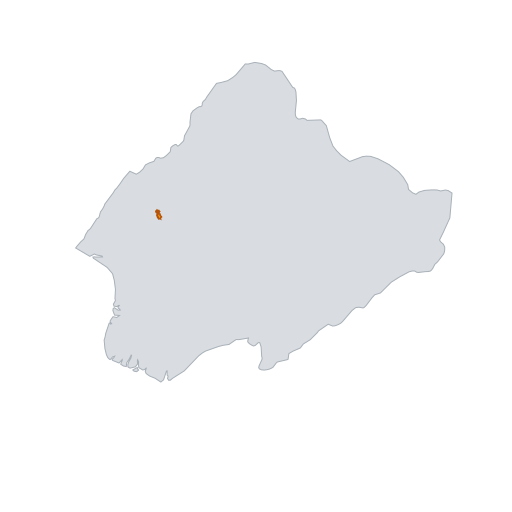 Ilorin South, Kwara, Nigeria (highlighted), rotated 34°
{"feature_id": "59680162B63804955714699", "entity_name": "Ilorin South", "entity_type": "district", "adm_level": 2, "iso_a3": "NGA", "parent_name": "Nigeria", "parent_adm1": "Kwara", "projection": "equal_earth", "projection_center": [4.582, 8.481], "detail": "fine", "context": "in_parent", "style": "filled", "palette": "amber", "viewbox_px": 512, "rotation_deg": 34, "n_neighbors": 0, "source": "geoboundaries", "source_scale": "gbopen_adm2", "svg_char_len": 5461}
<svg xmlns="http://www.w3.org/2000/svg" viewBox="0 0 512 512"><g transform="rotate(34 256 256)"><path d="M383.3,94.2L395.4,116.0L398.1,132.1L399.2,140.1L401.1,141.0L404.8,141.5L407.5,143.1L409.2,145.7L410.2,148.2L410.4,149.6L409.8,159.3L408.9,162.9L409.5,167.6L409.3,169.7L408.9,171.1L407.3,172.7L405.1,174.3L399.8,178.9L398.3,179.6L396.0,179.7L394.1,180.9L391.8,183.4L386.9,192.7L382.8,202.0L379.8,217.1L376.1,221.8L375.5,226.0L375.0,235.5L374.4,238.3L373.8,239.2L369.8,241.0L367.5,243.1L366.1,247.4L364.4,262.0L363.8,264.4L362.5,266.9L360.5,269.7L358.7,271.2L354.0,272.2L349.7,283.1L349.7,285.1L347.8,295.0L344.4,302.5L344.2,307.4L340.0,314.0L337.8,318.5L340.1,323.2L340.3,324.0L333.0,331.9L332.6,333.1L332.3,338.7L331.7,340.1L330.4,342.2L328.4,344.4L326.4,346.1L324.2,347.3L322.0,347.7L320.7,347.1L320.0,345.4L318.8,338.6L318.2,337.2L316.7,335.9L311.1,328.5L307.6,325.8L306.9,326.0L306.3,326.7L305.4,330.5L304.4,331.9L302.6,332.3L299.5,332.4L297.2,331.8L296.7,331.1L295.6,328.2L288.6,334.9L286.2,336.4L283.1,344.4L278.7,348.4L275.6,351.9L267.5,362.8L265.9,366.0L264.3,370.8L260.8,391.3L255.2,404.1L254.5,406.8L254.2,406.7L253.4,407.9L251.2,407.1L250.3,404.7L248.9,404.4L246.6,400.9L246.1,401.5L248.6,410.3L247.6,413.7L240.7,413.8L234.8,415.0L230.7,414.9L228.7,413.6L227.8,410.3L227.4,410.7L227.2,412.4L225.9,413.8L221.3,414.1L219.3,411.8L217.7,409.3L215.9,408.2L216.2,409.2L218.2,411.7L218.0,415.3L214.3,419.4L211.9,419.6L210.5,417.8L209.7,414.9L209.4,410.7L208.4,407.9L207.9,407.9L208.5,412.5L208.5,416.8L210.3,420.2L207.6,421.3L204.4,421.4L204.0,420.1L203.5,417.3L203.0,416.6L202.3,421.3L195.7,422.7L194.7,422.5L194.5,421.6L195.0,420.3L194.9,418.1L193.5,419.8L193.2,423.1L192.4,423.6L189.9,423.1L187.1,421.4L182.6,417.3L177.1,410.6L176.2,407.6L174.6,403.9L171.8,393.7L172.3,393.2L173.6,393.8L174.2,392.8L171.9,392.1L171.4,391.4L171.3,389.1L171.4,386.3L174.8,384.9L175.6,383.2L176.1,381.6L171.8,384.1L167.8,381.2L167.0,379.5L167.4,378.1L172.0,378.0L173.7,376.7L172.7,376.3L170.9,376.3L170.2,375.5L170.3,373.4L169.7,373.8L169.0,375.7L166.3,377.0L164.7,375.7L164.5,372.6L164.2,371.3L162.9,370.2L158.1,362.2L152.2,355.5L147.0,350.9L139.0,348.7L122.4,348.8L121.4,348.1L122.4,347.1L123.9,346.4L129.3,342.6L128.4,342.1L122.8,344.5L120.9,344.7L118.4,349.2L102.0,350.2L102.1,348.1L102.8,342.2L103.8,338.1L102.7,333.2L102.5,328.7L103.1,327.3L103.4,325.7L103.2,314.2L104.1,312.5L104.1,311.3L102.4,306.5L102.5,302.7L102.1,299.1L101.6,297.4L102.3,283.5L102.1,280.0L102.6,277.6L102.9,271.5L102.9,265.6L104.0,256.3L111.0,255.1L112.7,251.5L113.7,246.8L113.4,242.3L115.6,238.3L118.4,234.7L118.3,230.8L119.0,229.6L120.4,228.7L122.2,228.3L124.3,226.3L125.5,222.9L126.6,217.5L124.8,213.7L124.9,212.9L125.5,210.9L126.6,208.8L127.5,208.2L129.5,208.7L130.2,207.9L131.5,201.9L131.4,200.3L129.5,196.3L128.5,185.5L127.9,184.0L126.5,182.1L122.6,174.5L122.6,170.8L124.3,166.2L125.4,164.0L126.9,162.8L127.2,161.7L126.7,160.4L126.0,159.4L125.8,157.3L126.5,154.5L126.3,151.3L126.7,135.0L129.9,131.8L134.5,126.5L136.9,120.9L138.1,116.8L139.7,102.8L142.1,101.3L146.7,96.2L153.0,93.3L157.1,92.3L164.2,92.9L167.9,92.4L171.0,89.7L172.3,88.9L174.3,88.4L192.2,95.7L193.8,95.3L195.1,95.8L197.4,97.7L202.6,104.5L208.2,114.9L209.9,117.2L211.6,118.4L213.4,118.8L214.7,118.7L216.0,117.7L217.7,115.7L220.3,114.8L222.5,115.0L233.5,107.0L234.6,106.9L241.4,108.6L250.8,116.6L258.4,121.9L263.8,123.6L270.1,124.9L280.8,125.3L288.8,114.0L291.7,111.5L295.3,109.3L302.8,107.2L315.2,105.8L326.9,106.4L334.2,108.4L341.9,112.0L345.2,115.5L350.4,116.1L354.1,115.4L355.3,111.9L359.0,107.4L364.5,103.1L369.0,100.1L372.8,98.8L376.1,95.4L378.7,94.3L383.3,94.2ZM221.8,418.6L219.3,419.7L217.6,419.4L219.9,414.8L221.0,415.8L222.5,416.2L221.8,418.6Z" fill="#d9dde1" stroke="#a8b0b8" stroke-width="1"/><path d="M150.5,276.5L150.6,276.8L150.7,277.0L150.9,277.3L151.0,277.4L151.2,277.7L151.2,277.8L151.2,277.7L151.2,277.8L151.3,277.8L151.4,277.7L151.4,277.8L151.5,277.8L151.6,278.0L151.8,278.2L152.0,278.1L152.2,278.6L152.7,278.9L152.9,279.1L153.1,279.2L153.4,278.5L153.9,278.9L154.6,279.7L154.9,279.5L155.1,279.2L155.4,278.8L155.8,278.6L156.1,278.6L155.9,278.4L155.8,278.2L155.7,278.1L155.6,277.9L155.5,277.6L155.6,277.4L155.7,277.2L155.6,276.9L155.6,276.7L155.8,276.4L155.7,276.3L154.7,276.1L154.3,276.0L154.1,276.0L153.9,276.0L153.7,275.9L153.4,275.4L153.1,274.9L152.9,274.9L152.2,275.2L151.7,274.8L151.5,274.7L151.4,274.7L151.4,274.3L151.4,274.2L151.2,273.9L151.3,273.9L151.2,273.9L151.2,273.7L151.0,273.4L150.9,273.3L150.9,273.2L151.0,273.0L150.9,273.0L150.7,272.9L150.4,272.8L150.2,272.8L150.0,272.7L149.9,272.9L149.6,273.0L149.3,273.0L149.1,273.1L148.9,273.1L148.7,273.2L148.6,273.4L148.4,273.5L148.2,273.4L148.2,273.6L148.1,273.8L148.1,274.1L148.0,274.3L147.9,274.4L147.9,274.5L148.0,274.5L148.1,274.8L148.1,275.0L148.2,275.3L148.3,275.3L148.5,275.3L148.7,275.2L148.8,275.2L149.0,275.2L149.1,274.9L149.0,274.7L149.3,274.8L149.3,275.0L149.5,274.8L149.5,274.7L149.8,274.5L150.0,274.5L150.1,274.4L150.1,274.2L150.1,273.9L150.3,273.7L150.3,273.8L150.5,273.9L150.5,274.0L150.5,274.3L150.6,274.5L150.6,274.8L150.6,275.0L150.6,275.3L150.7,275.5L150.8,275.5L151.0,275.6L151.2,275.9L151.1,276.0L151.1,276.3L151.3,276.4L151.3,276.5L151.2,276.5L151.2,276.4L151.2,276.5L150.9,276.5L150.9,276.4L150.6,276.5L150.5,276.5ZM150.0,275.7L150.0,275.8L150.1,276.0L150.3,276.2L150.3,275.9L150.4,276.0L150.4,275.9L150.5,275.9L150.5,275.7L150.4,275.7L150.2,275.6L150.0,275.7Z" fill="#f59e0b" stroke="#b45309" stroke-width="1.5"/></g></svg>